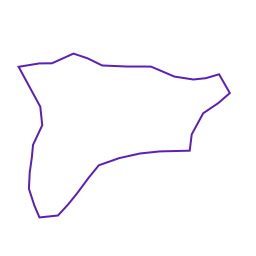 Palaiosofos, Cyprus, rotated 84°
{"feature_id": "46923920B16450205187108", "entity_name": "Palaiosofos", "entity_type": "district", "adm_level": 2, "iso_a3": "CYP", "parent_name": "Cyprus", "parent_adm1": "", "projection": "orthographic", "projection_center": [33.209, 35.319], "detail": "fine", "context": "isolated", "style": "outline", "palette": "violet", "viewbox_px": 256, "rotation_deg": 84, "n_neighbors": 0, "source": "geoboundaries", "source_scale": "gbopen_adm2", "svg_char_len": 559}
<svg xmlns="http://www.w3.org/2000/svg" viewBox="0 0 256 256"><g transform="rotate(84 128 128)"><path d="M55.7,230.4L76.7,221.7L97.7,213.0L116.3,213.0L134.8,224.2L147.2,226.7L162.0,230.4L178.1,232.9L195.4,229.2L207.7,225.4L207.7,206.8L197.8,195.6L187.9,185.7L173.1,172.1L162.0,160.9L157.0,139.8L154.6,118.7L154.6,98.8L157.0,69.0L141.0,65.3L121.2,51.7L112.6,35.5L103.9,23.1L84.1,31.8L86.6,45.5L86.6,57.9L81.7,76.5L69.3,98.8L66.8,122.4L63.1,147.2L54.5,160.9L48.3,174.5L55.7,196.9L54.5,209.3L55.7,230.4Z" fill="none" stroke="#5b21b6" stroke-width="2"/></g></svg>